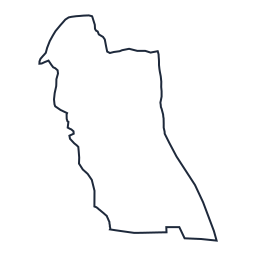 As-Safira, Aleppo, Syria (orthographic projection)
{"feature_id": "27442178B22464389911891", "entity_name": "As-Safira", "entity_type": "district", "adm_level": 2, "iso_a3": "SYR", "parent_name": "Syria", "parent_adm1": "Aleppo", "projection": "orthographic", "projection_center": [37.544, 35.815], "detail": "fine", "context": "isolated", "style": "outline", "palette": "slate", "viewbox_px": 256, "rotation_deg": 0, "n_neighbors": 0, "source": "geoboundaries", "source_scale": "gbopen_adm2", "svg_char_len": 2122}
<svg xmlns="http://www.w3.org/2000/svg" viewBox="0 0 256 256"><path d="M94.4,206.5L94.9,206.7L95.3,206.8L96.0,207.1L96.5,207.3L97.1,207.8L97.7,208.2L98.2,208.7L98.7,209.2L99.3,209.6L99.9,210.1L100.3,210.4L100.6,210.7L101.2,211.2L101.8,211.7L102.3,212.1L103.4,213.0L104.0,213.5L104.5,214.0L105.1,214.5L105.7,215.0L106.2,215.5L106.7,215.8L107.0,216.6L107.3,217.3L107.7,218.1L108.0,218.8L108.3,219.5L108.6,220.3L109.0,221.1L109.3,221.7L109.4,222.0L109.4,222.5L109.5,223.7L109.7,224.5L109.9,225.9L109.8,226.2L109.9,226.7L110.1,227.3L110.2,228.0L110.3,228.8L110.0,229.4L115.8,230.3L120.7,231.0L128.5,232.1L134.3,232.9L141.9,232.8L159.8,232.4L166.5,232.3L166.3,227.1L179.3,227.1L184.6,238.3L189.1,238.5L201.0,239.0L216.6,240.6L213.9,231.0L203.1,202.3L195.0,185.0L176.5,156.5L169.2,142.7L164.7,133.7L164.6,131.7L164.0,129.0L163.7,127.7L163.7,123.5L163.6,118.4L163.3,116.8L163.1,114.5L162.1,110.7L161.9,109.9L161.7,109.1L160.9,107.0L160.7,104.6L160.5,103.5L160.4,102.4L160.8,100.7L161.6,96.6L161.6,91.2L161.2,87.0L161.3,81.7L160.8,76.9L160.7,76.1L159.9,72.0L159.7,70.8L159.5,69.5L159.4,68.8L159.0,65.1L159.0,64.4L159.0,64.2L159.0,61.8L158.9,59.3L158.7,56.9L158.6,55.1L158.6,54.5L158.4,53.8L158.1,52.5L157.7,51.2L151.9,52.3L150.7,52.6L146.3,51.2L145.3,50.9L137.4,50.9L132.3,49.6L129.1,48.8L122.1,50.2L119.7,51.2L113.8,52.0L109.9,53.0L107.2,51.6L106.2,46.9L104.8,39.5L103.0,36.9L98.8,34.4L97.7,31.5L96.0,30.6L95.0,28.8L94.8,24.8L92.3,16.8L92.0,16.2L88.8,15.4L83.7,15.6L80.3,15.9L76.2,16.2L71.6,16.8L68.7,17.4L65.3,19.6L62.8,22.5L60.3,25.3L55.5,31.1L52.9,35.4L49.8,41.0L47.1,47.9L45.8,52.8L43.7,55.2L43.2,55.7L40.5,58.8L39.5,61.4L39.4,63.7L41.7,63.5L44.7,62.1L48.5,60.6L51.4,64.9L53.2,67.3L55.2,68.2L57.6,70.3L58.0,73.5L56.4,79.2L56.3,84.2L56.2,86.2L54.7,93.0L54.0,99.4L54.5,104.3L55.2,106.3L60.6,110.0L67.1,113.1L66.9,113.7L66.6,114.4L66.7,118.9L67.5,121.3L68.4,121.9L67.7,127.6L69.9,128.8L71.3,129.4L73.5,131.3L73.7,133.7L71.1,134.9L69.4,135.7L70.0,138.8L74.2,143.3L76.7,145.3L78.3,146.9L78.7,151.2L79.2,157.6L79.0,163.6L82.8,169.5L87.7,173.9L91.8,179.9L94.5,190.8L94.4,206.5Z" fill="none" stroke="#1e293b" stroke-width="2"/></svg>